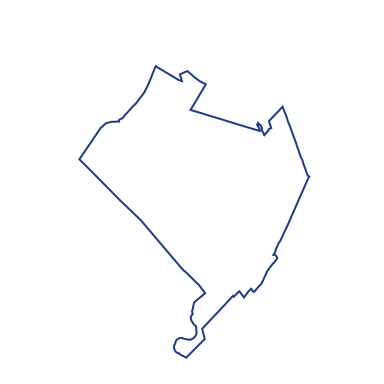 Teslui, Olt, Romania (Robinson projection), rotated 315°
{"feature_id": "2599482B32514865350694", "entity_name": "Teslui", "entity_type": "district", "adm_level": 2, "iso_a3": "ROU", "parent_name": "Romania", "parent_adm1": "Olt", "projection": "robinson", "projection_center": [24.367, 44.554], "detail": "fine", "context": "isolated", "style": "outline", "palette": "blue", "viewbox_px": 384, "rotation_deg": 315, "n_neighbors": 0, "source": "geoboundaries", "source_scale": "gbopen_adm2", "svg_char_len": 5805}
<svg xmlns="http://www.w3.org/2000/svg" viewBox="0 0 384 384"><g transform="rotate(315 192 192)"><path d="M285.8,264.1L285.7,263.6L285.8,263.4L285.7,262.9L285.6,262.2L285.6,261.9L285.7,261.7L286.2,260.5L286.8,259.2L287.5,257.9L288.9,254.8L289.7,253.1L290.2,251.9L291.1,250.1L291.9,248.7L292.4,247.8L292.8,247.1L293.1,246.2L293.3,244.9L293.8,243.8L294.9,241.7L297.6,236.2L298.3,234.5L299.4,232.4L299.9,231.6L300.3,230.9L300.6,230.3L300.8,229.7L300.9,229.3L301.5,228.1L302.5,226.0L303.3,224.1L304.5,221.7L305.5,219.3L306.4,217.6L308.2,213.8L308.5,212.7L308.8,212.0L309.1,211.4L310.2,209.0L311.2,207.2L312.3,205.1L312.5,204.7L312.9,203.9L313.4,202.7L313.8,201.6L314.6,199.7L314.8,199.2L316.4,195.8L296.5,196.3L295.9,197.5L295.6,198.0L294.8,199.7L293.3,202.8L292.4,202.4L290.7,201.8L290.3,202.1L290.0,202.2L289.9,202.2L289.7,202.4L289.6,202.6L285.5,202.8L283.3,203.0L283.3,202.7L283.4,202.3L283.7,201.7L284.0,201.4L284.3,200.9L284.4,200.2L284.5,199.5L284.5,199.1L284.7,198.7L284.8,198.4L284.9,198.2L285.2,197.6L285.4,197.5L285.7,197.1L286.2,196.7L286.5,196.4L286.8,196.1L287.0,195.6L287.1,195.1L287.1,194.6L287.3,194.3L287.3,194.1L287.4,193.7L287.6,193.3L287.8,192.8L287.7,192.6L287.6,192.4L287.5,192.2L287.3,192.1L287.1,191.9L287.1,191.7L286.8,191.3L286.6,191.0L286.6,190.9L286.9,190.7L287.1,190.5L287.4,190.3L287.5,190.3L287.5,190.2L287.4,190.3L287.2,190.4L286.7,190.3L285.7,190.4L285.6,190.7L285.5,191.1L285.0,192.6L284.9,193.1L284.8,193.5L284.6,194.0L284.5,194.3L284.4,195.1L284.2,195.4L284.1,195.6L283.0,196.7L270.2,172.8L263.4,159.9L249.0,132.9L256.1,131.2L260.9,130.0L264.6,129.0L276.2,126.1L277.4,125.8L277.8,125.7L277.9,125.3L277.9,125.2L277.2,123.4L277.0,123.1L276.0,119.4L275.7,118.5L275.4,116.3L274.9,113.4L274.8,110.9L274.4,104.7L274.4,103.5L274.4,103.4L271.8,102.2L270.5,101.8L269.3,101.2L266.6,100.3L264.3,104.6L264.0,105.0L263.9,105.2L263.9,105.4L263.6,105.8L263.5,106.1L263.4,106.3L263.3,106.5L263.1,106.2L262.7,105.7L262.6,105.3L262.4,104.7L262.1,104.2L261.9,103.8L261.8,103.2L261.6,102.8L261.4,102.2L260.7,99.1L260.5,98.4L260.3,97.5L260.2,97.1L260.0,96.5L259.9,95.8L259.6,94.9L259.4,94.0L259.3,93.3L259.2,92.8L258.8,91.3L258.5,90.2L258.4,90.0L258.3,89.7L257.9,88.1L257.6,86.8L257.5,86.4L257.2,85.1L257.1,84.7L256.8,83.7L256.7,83.3L256.7,83.2L256.5,82.6L256.3,81.7L256.1,80.8L256.0,80.6L255.9,80.3L255.7,79.6L255.6,78.8L255.5,78.0L255.4,77.5L255.4,77.4L255.1,77.5L254.7,77.6L253.5,78.1L252.8,78.4L250.7,79.3L249.2,79.9L246.6,81.0L246.2,81.2L244.8,81.8L244.2,82.1L243.4,82.4L242.5,82.8L241.0,83.4L240.9,83.4L239.3,84.1L235.9,85.4L234.7,85.9L234.0,86.2L233.1,86.4L231.7,86.8L229.9,87.4L229.5,87.5L229.2,87.6L229.2,87.8L214.0,89.9L213.6,89.6L199.6,90.2L198.6,90.3L197.8,90.3L197.3,90.4L196.3,90.7L196.1,90.7L195.8,90.6L194.7,90.4L193.6,90.1L193.4,90.1L192.8,89.8L192.5,89.7L191.9,89.5L191.0,89.6L190.8,89.7L190.6,89.8L190.6,90.1L190.5,90.4L190.2,90.6L189.7,90.1L187.2,87.8L185.5,86.2L184.7,85.5L182.9,84.4L180.9,83.1L180.4,82.9L180.0,82.7L179.6,82.6L178.1,82.5L177.3,82.4L174.8,82.4L174.3,82.3L174.1,82.3L173.9,82.1L172.9,82.1L171.6,82.3L170.4,82.6L169.5,82.8L169.2,82.9L168.7,82.9L167.8,83.0L167.0,83.1L166.1,83.4L162.2,84.2L160.6,84.4L159.3,84.8L158.0,85.0L157.2,85.2L155.5,85.5L152.0,86.1L151.3,86.2L148.9,86.7L148.7,86.7L144.3,87.6L135.5,89.2L135.5,106.5L135.5,106.9L135.4,123.1L135.3,140.0L135.3,141.4L135.2,147.8L135.5,159.7L135.7,168.9L135.8,172.0L135.8,172.9L135.8,173.3L135.8,173.5L135.8,174.4L135.8,176.4L135.8,176.5L130.9,236.4L130.8,237.3L130.6,241.6L131.0,245.4L131.0,250.6L131.1,263.2L129.7,272.9L116.3,271.6L115.6,271.8L115.1,271.8L114.1,272.5L112.1,273.6L110.4,275.0L107.8,276.3L106.8,277.6L106.7,278.2L105.8,278.9L105.3,278.9L104.3,279.0L103.3,279.2L102.1,280.1L101.3,281.3L100.8,282.3L100.5,282.9L100.4,284.0L99.9,285.4L99.7,287.3L99.7,288.3L99.9,289.5L99.1,291.0L97.5,292.5L96.7,293.5L95.8,294.7L94.7,295.5L93.2,296.1L91.2,296.3L89.3,296.3L88.5,296.1L86.8,295.5L86.1,295.0L85.5,294.5L85.0,293.6L84.0,292.3L83.1,291.0L82.4,289.8L81.8,288.4L81.0,287.3L80.1,286.5L78.5,286.1L76.8,285.7L75.6,285.8L74.5,286.4L73.4,287.0L72.5,287.5L71.7,287.6L71.0,287.8L70.0,288.5L69.0,289.5L68.3,290.9L67.8,292.2L67.7,292.6L67.6,293.7L67.7,294.7L68.0,295.6L68.5,296.2L68.7,296.7L68.6,297.3L68.7,297.9L68.9,299.1L69.2,300.0L69.4,300.8L69.5,301.0L69.9,301.6L70.0,301.9L70.1,302.6L70.2,303.1L70.2,303.6L70.4,303.9L70.4,304.2L70.7,305.0L97.0,305.0L102.5,295.9L142.4,294.7L143.4,294.6L144.3,294.5L147.5,294.4L147.5,295.7L149.9,295.6L151.5,295.6L152.9,295.6L153.2,295.5L155.3,295.7L155.0,297.8L154.8,299.1L154.2,303.4L155.4,303.1L161.0,302.3L162.9,302.2L163.1,302.2L163.4,302.3L163.6,302.3L165.3,302.1L165.4,302.6L165.4,302.9L165.3,303.2L165.1,304.2L164.9,304.6L164.8,305.4L164.8,305.6L164.8,305.8L165.5,306.6L165.8,306.6L167.4,306.4L168.0,306.4L169.7,306.2L170.8,306.1L173.0,305.9L173.4,305.9L174.1,306.0L174.6,306.1L175.5,306.1L175.8,306.0L176.2,305.9L177.0,305.6L178.5,305.2L179.4,304.9L180.2,304.6L180.7,304.4L182.1,303.8L183.6,303.3L185.0,302.8L185.9,302.5L186.9,302.1L187.2,302.0L187.7,301.8L189.2,301.2L190.3,301.0L191.3,300.9L192.5,300.7L193.1,300.5L193.4,300.4L194.0,300.3L194.8,300.2L195.0,300.2L195.3,300.2L195.5,300.2L195.8,300.3L196.3,300.2L196.8,300.1L198.1,299.9L198.8,299.9L199.2,299.9L199.9,299.9L201.0,299.8L203.0,299.6L203.5,299.6L204.8,299.3L205.4,299.1L205.7,299.0L206.0,298.4L206.1,297.6L206.2,296.9L206.2,296.3L206.3,295.9L206.3,295.4L206.3,295.0L206.2,294.9L206.1,294.7L205.4,294.3L205.2,294.1L207.6,293.4L209.1,292.9L209.4,292.7L209.7,292.5L210.2,292.0L210.7,292.1L210.8,292.0L211.8,291.3L212.5,291.2L213.1,291.0L214.5,290.5L215.9,289.8L216.7,289.6L218.6,289.1L219.0,289.1L219.4,289.1L219.7,289.1L220.5,288.7L222.1,288.2L223.2,287.8L223.7,287.7L226.5,286.5L236.2,283.1L262.7,272.7L284.1,264.4L285.0,264.2L285.8,264.1Z" fill="none" stroke="#1e3a8a" stroke-width="2"/></g></svg>